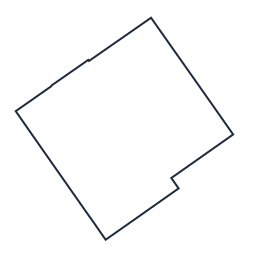 the district of Eddy, New Mexico, United States of America, rotated 55°
{"feature_id": "52423323B75257919011753", "entity_name": "Eddy", "entity_type": "district", "adm_level": 2, "iso_a3": "USA", "parent_name": "United States of America", "parent_adm1": "New Mexico", "projection": "natural_earth1", "projection_center": [-104.354, 32.483], "detail": "fine", "context": "isolated", "style": "outline", "palette": "slate", "viewbox_px": 256, "rotation_deg": 55, "n_neighbors": 0, "source": "geoboundaries", "source_scale": "gbopen_adm2", "svg_char_len": 447}
<svg xmlns="http://www.w3.org/2000/svg" viewBox="0 0 256 256"><g transform="rotate(55 128 128)"><path d="M49.4,121.5L49.4,127.7L49.3,166.0L49.8,167.1L49.8,210.3L78.3,210.4L78.6,210.4L93.8,210.4L122.0,210.4L164.6,210.4L170.8,210.4L185.4,210.3L203.1,210.4L206.7,210.4L206.6,150.2L206.5,121.2L193.8,121.2L193.6,45.6L160.8,45.6L118.0,45.7L117.5,45.7L91.3,45.8L50.9,45.9L50.7,121.5L49.4,121.5Z" fill="none" stroke="#1e293b" stroke-width="2"/></g></svg>